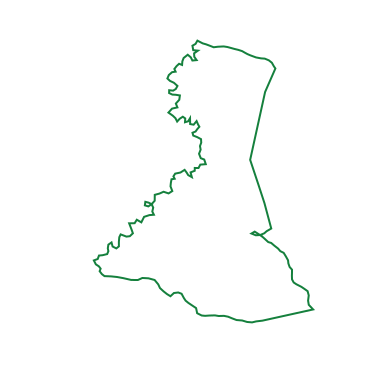 outline of Rincão, São Paulo, Brazil, rotated 255°
{"feature_id": "56859067B73201161299146", "entity_name": "Rincão", "entity_type": "district", "adm_level": 2, "iso_a3": "BRA", "parent_name": "Brazil", "parent_adm1": "São Paulo", "projection": "natural_earth1", "projection_center": [-48.011, -21.577], "detail": "fine", "context": "isolated", "style": "outline", "palette": "green", "viewbox_px": 384, "rotation_deg": 255, "n_neighbors": 0, "source": "geoboundaries", "source_scale": "gbopen_adm2", "svg_char_len": 2776}
<svg xmlns="http://www.w3.org/2000/svg" viewBox="0 0 384 384"><g transform="rotate(255 192 192)"><path d="M47.2,278.6L52.8,275.6L57.0,276.0L61.9,278.0L66.3,278.0L69.2,275.6L72.1,273.1L75.9,268.9L78.3,266.8L81.7,266.0L85.2,266.8L87.8,267.6L91.1,268.5L94.3,266.9L98.1,266.6L101.1,267.1L105.5,266.0L109.5,264.8L112.0,262.0L115.1,260.5L118.8,257.7L122.3,255.3L123.9,252.7L126.7,250.9L130.0,248.8L132.8,246.6L133.4,251.1L134.8,253.9L136.2,259.1L162.5,259.1L181.1,258.1L208.0,256.5L269.7,288.5L289.7,304.5L292.3,303.6L296.2,302.6L299.3,300.3L302.0,296.8L303.2,293.3L305.4,288.7L309.0,283.6L310.9,281.2L312.9,279.1L315.1,276.9L317.3,273.5L319.1,270.2L321.1,266.8L322.9,263.7L324.4,260.3L325.6,254.7L326.2,250.4L329.0,246.6L331.0,243.8L332.8,240.8L336.8,236.4L334.1,233.7L333.2,230.3L328.7,229.9L327.0,234.3L325.4,229.9L322.0,229.2L318.2,230.6L318.9,226.4L322.4,225.7L325.7,223.4L323.6,218.6L320.7,216.5L317.3,215.3L319.2,212.7L317.6,209.7L315.4,206.8L312.5,207.3L312.9,203.8L311.0,199.9L308.0,197.6L305.0,199.5L302.2,202.8L298.2,205.4L295.7,203.0L294.8,200.0L296.2,196.3L293.5,195.5L291.2,198.2L290.1,201.5L288.4,205.3L284.4,203.6L281.6,199.3L277.5,199.8L277.7,194.3L274.8,189.8L270.7,193.2L267.6,195.1L263.9,195.9L265.9,199.0L267.1,202.6L264.8,204.5L261.2,203.3L261.3,206.6L263.8,209.2L258.1,207.8L256.6,211.0L259.3,214.8L255.8,215.3L253.1,216.0L251.4,213.4L249.5,211.1L249.1,207.8L246.2,207.8L243.7,211.2L240.7,214.4L237.3,213.7L234.3,211.6L230.7,211.3L227.1,208.7L222.4,209.2L220.2,212.2L215.3,212.5L216.3,207.1L213.5,204.5L214.5,200.9L211.8,200.1L211.3,195.7L206.4,195.7L209.3,192.7L212.3,191.8L215.3,190.6L213.8,185.9L214.1,180.5L211.9,178.1L209.3,178.7L209.6,175.5L206.2,173.9L203.0,172.7L198.0,173.2L196.7,169.0L199.6,164.6L198.9,160.2L198.9,155.3L193.2,153.7L190.7,149.8L187.0,150.5L183.4,148.6L179.9,149.3L180.7,144.9L180.4,139.3L175.8,135.2L179.5,131.5L176.7,128.5L178.0,123.2L171.4,123.9L167.4,124.2L165.4,120.5L165.9,117.1L167.8,114.5L169.5,112.1L167.2,110.1L162.9,108.5L158.4,107.3L157.1,104.3L159.9,101.2L164.1,101.2L162.8,97.6L159.4,96.1L156.5,95.9L154.0,94.0L154.1,89.2L154.7,85.7L151.7,83.6L151.3,79.5L147.0,80.4L144.3,82.8L141.6,83.9L139.4,82.3L136.0,83.7L133.4,85.7L131.4,92.1L129.3,97.6L126.6,103.3L122.8,110.5L121.0,116.9L121.8,121.8L119.9,127.6L116.7,133.1L111.5,135.5L107.5,136.2L103.4,138.8L99.9,141.4L96.9,144.2L99.1,148.4L98.5,152.7L96.4,155.6L91.7,156.7L88.7,157.7L85.8,159.8L78.8,165.9L73.6,165.6L70.2,169.4L69.0,172.6L68.2,176.7L66.9,182.2L65.3,185.7L64.1,190.8L62.2,194.6L59.6,198.0L56.8,201.9L54.9,207.2L52.2,211.6L50.5,216.3L50.4,220.5L49.5,226.7L47.2,278.6ZM132.8,246.6L133.7,242.4L136.5,238.7L137.5,242.3L132.8,246.6ZM190.7,149.8L192.9,147.4L194.6,144.4L191.3,143.0L189.4,146.1L190.7,149.8Z" fill="none" stroke="#15803d" stroke-width="2"/></g></svg>